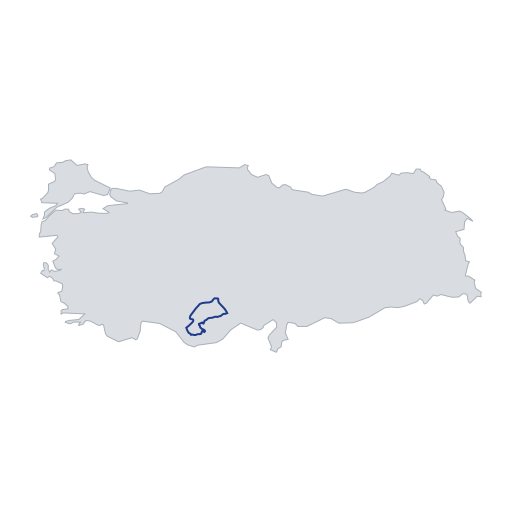 Turkey, with Karaman highlighted
{"feature_id": "TUR-3012", "entity_name": "Karaman", "entity_type": "Province", "adm_level": 1, "iso_a3": "TUR", "parent_name": "Turkey", "parent_adm1": "", "projection": "orthographic", "projection_center": [33.206, 37.039], "detail": "fine", "context": "in_parent", "style": "outline", "palette": "blue", "viewbox_px": 512, "rotation_deg": 0, "n_neighbors": 0, "source": "natural_earth", "source_scale": "10m", "svg_char_len": 4745}
<svg xmlns="http://www.w3.org/2000/svg" viewBox="0 0 512 512"><path d="M391.8,173.2L399.0,175.2L401.1,173.1L407.6,172.7L413.4,173.6L416.1,169.1L420.2,169.1L421.2,171.2L423.2,171.8L429.7,176.5L429.1,177.3L430.8,179.1L436.0,179.9L436.8,182.5L441.3,186.2L444.1,192.2L443.4,196.7L441.5,199.7L445.8,208.8L444.9,210.1L451.6,212.5L459.4,211.1L462.1,212.1L470.6,218.7L472.9,221.3L467.2,218.4L464.6,221.8L464.0,229.4L455.7,231.7L457.6,236.3L460.1,238.3L459.9,242.9L460.7,244.6L463.4,247.3L463.6,251.4L465.0,255.5L465.7,260.7L469.4,261.8L468.1,264.4L465.4,275.3L465.7,276.1L468.4,276.0L474.9,280.2L474.1,281.9L475.6,288.5L481.3,292.2L480.7,294.5L481.1,296.7L477.3,296.2L470.3,303.0L469.4,303.0L468.1,301.0L467.2,295.1L465.2,293.8L462.8,293.7L458.9,296.9L455.1,297.2L451.2,297.1L440.8,294.5L437.3,296.1L433.3,295.1L426.4,303.2L424.2,304.0L422.7,300.5L419.9,298.7L416.8,301.7L404.1,306.4L398.2,307.6L390.8,307.0L384.8,307.8L368.9,317.2L353.3,322.7L339.0,323.2L331.0,318.6L324.8,317.7L307.0,326.4L298.0,326.5L294.9,323.4L288.0,322.3L286.6,325.4L285.4,332.9L288.1,339.5L284.2,340.1L281.8,341.6L281.2,346.7L277.7,348.8L276.7,352.0L276.0,352.1L270.2,349.7L271.7,347.2L267.9,337.9L269.5,334.9L276.7,327.1L276.4,322.6L273.1,319.6L263.9,325.4L263.1,327.6L261.0,329.4L257.5,330.1L240.7,323.1L231.0,329.7L222.7,339.1L216.4,342.6L197.7,345.2L194.4,347.0L188.0,345.0L184.2,342.5L175.7,331.7L159.6,323.5L142.5,321.1L140.9,323.1L140.1,331.3L137.2,339.0L135.7,339.7L132.0,337.7L118.6,341.8L107.5,336.3L105.6,334.0L103.5,324.9L101.9,324.2L100.0,325.4L98.1,325.2L90.2,321.0L85.9,320.5L83.1,324.2L78.8,325.5L78.7,324.4L80.5,322.1L73.7,322.1L70.1,323.8L65.3,322.4L65.6,321.4L69.7,320.4L78.8,319.5L84.8,313.9L63.3,312.9L61.1,314.1L61.0,311.0L62.3,309.6L68.0,308.9L67.8,306.3L64.5,303.3L60.9,301.6L59.6,295.0L57.8,293.2L58.1,292.4L61.7,291.4L62.7,286.8L62.3,283.8L55.7,280.8L54.1,281.0L52.6,278.3L49.8,276.3L47.3,277.7L40.7,273.3L42.2,270.6L43.9,270.8L44.3,268.6L43.3,264.9L43.5,263.0L45.1,262.6L46.7,263.1L48.3,265.4L48.2,269.6L49.9,272.2L51.3,269.8L54.4,271.4L60.0,270.4L61.2,269.4L57.1,269.3L55.6,268.1L52.8,261.1L56.3,259.3L59.0,256.1L54.5,253.6L55.7,249.0L52.1,243.4L57.9,236.9L57.7,235.9L56.1,235.4L39.3,237.1L39.3,234.1L40.7,231.5L41.1,225.0L42.1,221.5L45.2,220.7L49.4,215.8L55.8,210.1L62.1,210.6L64.7,209.1L68.5,209.2L69.4,211.7L72.6,213.6L78.4,213.7L81.2,212.2L78.7,209.1L82.1,208.3L84.7,209.2L83.1,212.4L83.8,212.7L91.4,212.1L99.2,213.3L107.8,213.3L109.0,212.3L103.0,208.7L107.1,206.0L109.3,205.5L127.5,203.6L127.6,202.9L116.6,201.0L111.1,196.9L109.6,194.7L110.9,189.7L112.2,188.4L116.2,188.4L129.7,191.2L139.4,190.1L149.9,193.8L160.0,193.3L162.1,191.9L164.8,187.0L179.1,179.1L184.1,174.9L206.2,166.8L239.2,167.9L244.8,164.6L248.2,165.6L247.3,167.8L247.6,169.7L251.6,174.6L257.6,177.3L265.7,174.6L268.7,175.5L271.8,183.1L277.1,187.5L279.5,187.8L282.5,185.0L285.4,184.6L290.4,187.0L292.2,189.7L308.2,192.2L311.7,194.3L322.5,196.1L345.9,189.2L354.8,192.3L362.1,193.0L365.2,192.2L374.4,187.1L377.2,184.4L382.9,181.8L389.9,176.2L391.8,173.2ZM87.9,164.6L87.1,168.0L88.3,171.9L91.3,177.3L94.5,180.2L110.2,188.0L107.6,194.6L103.5,195.5L89.9,191.6L84.1,194.0L80.1,193.1L74.4,193.9L72.5,197.9L68.3,202.2L56.8,207.2L45.8,217.7L42.8,219.0L44.4,215.3L44.6,211.9L49.3,208.3L55.7,205.7L57.6,203.3L41.9,202.7L40.6,199.1L42.3,198.5L47.8,192.7L48.5,190.3L48.5,184.2L54.9,181.2L55.5,179.8L55.0,173.7L49.4,169.8L49.7,168.1L54.0,166.8L56.6,162.8L62.7,162.4L65.7,160.6L70.9,159.9L77.1,165.5L84.9,163.9L87.9,164.6ZM37.6,216.7L32.3,217.3L30.7,216.2L32.5,214.5L36.7,213.6L37.9,215.5L37.6,216.7Z" fill="#d9dde1" stroke="#a8b0b8" stroke-width="1"/><path d="M214.8,298.3L217.1,298.4L218.1,298.7L218.3,300.2L218.2,300.7L218.8,302.6L221.5,305.5L223.5,307.6L224.9,309.2L226.6,311.9L227.2,313.1L225.5,313.8L223.6,313.9L222.8,314.3L220.5,316.1L218.7,316.4L217.8,316.9L217.2,317.0L216.4,316.7L214.4,316.9L212.5,317.7L209.4,318.0L208.4,318.2L207.6,318.8L206.8,319.5L206.0,320.1L205.1,320.4L204.3,321.3L204.0,322.6L203.5,323.5L202.6,323.3L202.4,322.9L202.4,322.7L202.1,322.5L201.4,322.8L200.3,323.5L199.9,323.6L199.0,323.8L199.0,324.8L199.5,325.4L199.9,326.1L200.1,327.0L200.5,327.8L201.1,328.1L201.5,328.6L202.1,329.1L203.3,329.4L204.5,330.2L205.0,331.2L204.4,332.0L203.5,331.6L202.6,331.1L202.3,331.2L201.9,331.4L201.6,332.3L201.3,333.4L200.7,334.0L199.9,334.1L198.4,334.1L197.0,334.4L195.6,335.0L194.1,335.0L192.6,334.6L191.0,334.8L190.5,333.8L189.5,333.3L188.7,332.8L188.1,331.9L187.1,329.9L186.3,327.7L189.0,325.6L192.5,322.2L193.2,321.1L193.3,320.2L192.9,319.4L191.5,319.2L190.0,318.6L189.9,317.5L190.5,315.5L192.8,312.5L195.7,308.6L198.6,305.4L199.8,304.0L202.1,303.1L205.7,302.6L209.4,302.4L211.8,301.5L213.0,299.9L213.7,299.0L214.8,298.3Z" fill="none" stroke="#1e3a8a" stroke-width="2"/></svg>